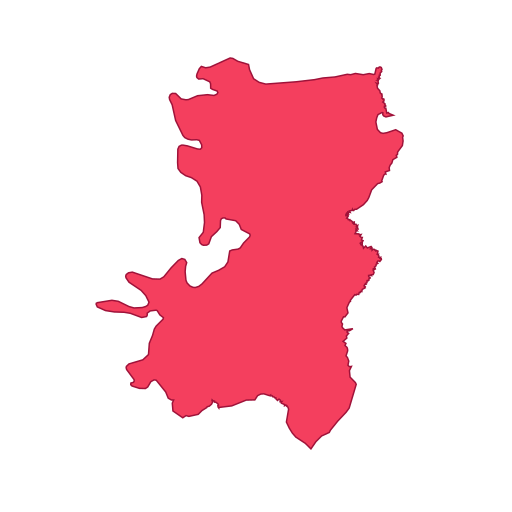 outline of Kham Ta Kla, Sakon Nakhon, Thailand, rotated 260°
{"feature_id": "78962969B89858575119676", "entity_name": "Kham Ta Kla", "entity_type": "district", "adm_level": 2, "iso_a3": "THA", "parent_name": "Thailand", "parent_adm1": "Sakon Nakhon", "projection": "orthographic", "projection_center": [103.783, 17.84], "detail": "fine", "context": "isolated", "style": "filled", "palette": "rose", "viewbox_px": 512, "rotation_deg": 260, "n_neighbors": 0, "source": "geoboundaries", "source_scale": "gbopen_adm2", "svg_char_len": 6152}
<svg xmlns="http://www.w3.org/2000/svg" viewBox="0 0 512 512"><g transform="rotate(260 256 256)"><path d="M445.9,281.9L450.9,271.9L454.6,267.5L455.5,264.9L450.0,243.6L450.1,239.1L452.2,235.1L450.3,232.7L445.5,229.5L443.5,228.7L442.0,228.8L440.2,230.3L439.8,234.7L435.6,240.7L433.5,241.2L429.1,240.5L427.7,242.0L425.2,246.4L423.5,246.8L422.1,245.5L421.4,242.5L423.3,236.2L424.0,226.3L421.8,216.6L422.0,214.1L423.7,209.6L430.0,205.1L430.7,201.8L429.8,199.6L427.4,198.1L425.0,198.1L419.5,199.7L403.4,200.4L387.4,205.0L385.0,206.4L382.9,209.2L381.5,212.6L380.8,217.9L379.7,220.3L374.9,221.8L372.1,221.4L370.8,219.7L371.6,216.9L376.4,207.5L377.9,203.3L378.1,201.7L377.3,199.3L374.8,197.6L361.6,195.0L355.7,194.4L351.4,196.5L347.3,200.7L344.4,206.0L339.9,210.9L333.7,213.2L325.2,213.2L318.3,211.8L305.7,212.1L297.9,211.1L288.5,208.2L284.0,203.1L278.8,203.1L276.7,204.5L275.7,206.1L275.3,209.4L276.2,211.6L282.8,215.4L286.8,221.6L290.2,225.7L297.0,227.2L298.7,228.3L299.2,230.1L298.9,232.1L297.7,232.9L294.3,242.1L290.1,245.0L284.7,246.1L278.9,253.6L277.5,253.9L275.9,253.0L270.9,246.0L266.7,241.9L265.9,239.5L266.1,233.6L265.5,231.0L255.0,227.3L250.8,223.3L248.4,216.7L246.8,209.7L237.8,197.9L236.0,194.4L235.5,190.7L236.1,188.5L238.0,185.7L241.5,183.4L244.3,182.8L252.9,183.5L258.1,184.9L261.5,186.6L265.0,185.3L266.4,182.5L265.1,178.7L259.2,170.5L251.5,161.6L249.9,157.4L251.4,150.1L261.6,131.4L261.6,127.5L260.3,125.0L258.8,124.2L257.1,124.2L252.2,126.4L242.1,136.9L236.1,140.6L229.1,142.6L226.3,140.8L225.4,138.5L225.0,135.0L226.0,126.9L228.3,122.1L235.3,112.5L237.4,106.4L237.6,91.8L237.2,90.5L236.2,90.2L233.4,90.9L228.4,98.3L225.5,106.8L223.5,116.3L221.4,122.3L215.3,132.7L215.4,137.7L216.8,138.7L218.6,138.9L220.3,142.3L220.0,148.2L219.4,149.2L214.7,151.1L211.4,154.1L209.9,153.5L204.3,145.5L201.7,143.2L195.7,140.3L188.6,135.8L177.6,133.0L173.4,126.5L171.8,112.2L169.8,109.2L168.5,108.7L166.6,108.9L155.4,114.5L153.9,114.3L152.9,113.4L152.6,110.7L151.0,110.3L149.5,111.3L145.9,118.2L144.7,124.1L145.8,126.6L150.5,130.6L151.7,134.1L151.0,136.2L137.7,143.5L131.2,144.9L128.9,147.7L128.5,149.9L125.6,148.0L117.8,147.3L109.4,155.8L111.0,159.4L109.7,162.0L110.1,171.6L113.2,176.0L115.3,181.2L116.1,181.8L116.2,183.9L117.8,186.5L120.0,188.1L121.1,187.5L121.9,187.8L121.1,188.3L120.3,190.0L119.3,189.8L118.9,191.2L116.9,192.9L115.6,193.1L115.5,192.5L113.9,192.4L112.7,193.0L113.3,193.2L112.6,206.1L115.8,221.4L114.5,229.9L118.2,233.3L119.2,236.7L118.9,239.8L116.1,245.1L116.6,246.3L115.7,246.2L115.4,247.9L114.5,248.0L114.0,249.4L113.0,249.9L112.9,250.9L111.9,250.8L110.0,252.1L111.1,253.8L109.7,255.0L108.4,254.4L108.2,256.1L107.6,255.2L106.7,255.4L104.7,258.4L103.6,258.1L104.0,259.5L103.4,260.4L102.8,260.1L101.6,261.2L99.5,261.5L87.2,257.1L80.7,258.9L75.2,261.1L70.7,263.8L63.0,272.0L56.5,276.6L62.8,282.8L67.4,289.4L69.5,297.5L71.6,299.1L79.2,307.8L86.4,317.5L90.0,321.3L112.2,332.4L114.1,331.9L120.4,327.6L126.9,328.1L130.7,330.8L130.7,328.9L132.4,327.6L136.4,329.1L140.2,328.4L142.0,327.3L146.7,329.8L148.4,330.0L150.1,329.8L152.4,328.1L154.3,329.4L156.8,326.9L159.4,331.2L161.5,331.1L163.7,333.8L165.0,332.5L166.2,332.7L166.2,335.2L167.6,338.8L167.8,330.6L170.4,328.7L171.8,328.4L174.0,329.4L175.8,328.5L177.1,328.7L180.9,331.6L180.6,333.0L184.0,336.7L189.3,336.5L194.3,339.9L195.0,341.2L196.0,341.2L200.8,346.6L200.1,347.7L200.8,348.5L200.3,350.5L202.1,351.3L201.9,352.2L202.7,352.6L202.6,353.7L203.0,353.5L203.1,354.2L204.6,354.8L205.7,357.9L206.3,357.5L206.8,358.2L207.8,357.2L208.9,358.0L209.1,359.5L210.0,359.1L210.4,360.6L212.4,361.1L212.1,362.0L212.7,362.3L212.6,363.0L214.1,363.4L214.5,364.6L215.2,364.5L216.0,363.4L217.3,363.5L217.3,364.8L216.6,366.4L217.5,366.3L217.4,368.2L219.2,369.4L221.7,368.9L223.1,369.3L223.1,369.8L222.1,370.3L222.5,371.3L224.6,370.8L225.5,372.5L227.0,372.9L227.6,374.7L228.6,373.9L229.8,374.9L229.8,376.3L229.1,377.0L230.8,378.9L231.6,378.9L232.1,377.7L233.1,378.6L233.5,376.5L234.9,377.0L235.9,376.4L236.5,376.9L236.7,375.7L239.6,377.0L240.3,375.9L240.1,375.0L241.0,375.0L241.2,374.0L241.9,373.8L242.3,372.6L241.6,371.4L242.8,371.7L243.3,370.1L244.3,371.6L245.4,371.0L244.6,367.0L246.8,365.8L245.0,363.2L247.2,363.1L247.8,362.4L249.7,362.8L248.9,361.4L250.5,360.8L251.3,362.1L250.7,362.6L252.5,364.1L253.5,362.6L255.8,363.9L256.1,362.8L257.3,361.8L258.9,363.2L258.9,361.4L259.9,361.2L260.8,357.4L262.5,358.7L263.8,358.8L263.3,360.1L265.2,359.3L264.9,361.2L266.1,361.0L267.0,360.0L267.0,360.9L268.5,361.5L268.1,360.4L269.9,360.0L270.2,358.0L271.5,357.1L271.4,358.5L272.4,358.7L272.3,357.6L274.4,355.7L274.5,354.7L275.5,354.8L275.7,353.2L277.1,352.8L277.5,351.9L279.3,353.8L281.5,353.7L281.5,353.3L280.0,352.4L280.0,351.6L280.8,351.5L282.6,352.7L282.6,353.4L281.7,354.4L283.5,354.2L282.6,356.3L284.2,355.8L284.2,358.6L285.2,359.1L284.0,359.4L283.8,360.1L284.8,361.2L284.6,363.2L287.9,370.7L291.4,375.2L293.9,377.2L301.1,381.4L306.2,388.4L306.3,390.5L307.3,393.1L308.3,392.9L313.4,395.8L314.5,397.6L314.2,398.1L316.4,398.0L317.0,402.3L319.9,402.5L322.2,403.9L323.9,405.9L327.1,407.5L328.8,411.9L330.8,411.6L331.5,413.0L333.8,413.5L339.3,419.3L343.7,420.8L347.5,421.0L348.7,421.8L351.6,421.0L356.1,415.5L354.7,406.3L354.7,402.4L355.8,400.0L359.6,397.5L367.2,397.3L371.2,398.9L374.1,400.7L375.4,405.0L375.1,405.8L373.1,405.4L371.7,406.1L370.4,408.1L370.8,415.6L373.3,411.7L374.3,411.3L374.1,409.6L379.1,409.5L379.4,408.4L380.3,408.2L381.2,408.5L381.0,409.7L381.7,409.8L383.1,409.1L383.6,409.4L385.6,407.6L386.5,409.0L387.5,409.1L387.9,408.5L388.3,409.1L389.7,407.3L391.6,408.1L393.0,407.7L393.5,408.2L394.9,406.7L397.3,406.6L400.1,404.8L403.0,404.8L403.4,405.5L405.1,404.7L404.3,405.9L405.0,406.6L406.3,406.4L407.7,407.0L408.1,405.9L408.5,406.9L409.6,406.6L409.1,408.0L410.0,407.9L409.8,408.7L411.0,408.0L411.2,408.6L412.6,408.8L412.5,409.7L414.6,410.0L415.8,411.8L417.1,411.7L417.9,412.5L419.9,412.1L420.6,411.1L420.7,410.2L419.8,409.1L420.3,407.6L419.9,406.9L414.5,404.6L414.3,403.4L416.0,399.2L415.9,393.1L418.5,385.6L418.1,380.7L419.1,377.4L418.6,364.9L419.7,352.6L419.5,344.2L420.6,325.7L423.6,295.5L426.5,289.2L431.0,284.4L440.6,282.0L445.9,281.9Z" fill="#f43f5e" stroke="#9f1239" stroke-width="1.5"/></g></svg>